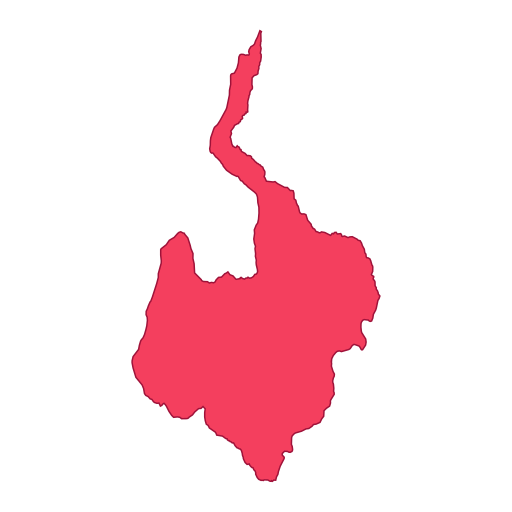 Leiva, Nariño, Colombia (Equal Earth projection)
{"feature_id": "7082276B29262956514041", "entity_name": "Leiva", "entity_type": "district", "adm_level": 2, "iso_a3": "COL", "parent_name": "Colombia", "parent_adm1": "Nariño", "projection": "equal_earth", "projection_center": [-77.3, 1.978], "detail": "fine", "context": "isolated", "style": "filled", "palette": "rose", "viewbox_px": 512, "rotation_deg": 0, "n_neighbors": 0, "source": "geoboundaries", "source_scale": "gbopen_adm2", "svg_char_len": 6076}
<svg xmlns="http://www.w3.org/2000/svg" viewBox="0 0 512 512"><path d="M259.9,30.7L257.5,37.1L255.6,40.8L254.5,44.0L253.3,45.3L250.8,46.8L249.1,49.7L248.7,51.7L249.3,53.8L249.1,54.7L248.6,55.1L247.0,54.9L245.8,55.3L243.4,54.4L241.1,54.3L239.9,54.9L238.9,57.0L238.4,62.9L237.0,68.2L234.4,73.1L231.6,73.9L230.9,74.6L230.6,75.8L230.7,84.3L229.5,90.2L229.4,95.1L226.8,107.6L226.1,109.5L220.0,120.7L217.5,124.6L214.5,127.3L213.7,129.1L210.8,137.6L210.4,140.8L210.3,145.2L209.7,148.8L210.1,151.2L210.7,152.4L211.6,153.1L212.2,152.9L213.2,153.3L215.6,156.8L217.3,158.1L220.4,161.4L221.4,163.2L222.6,164.4L223.3,166.2L226.5,170.2L232.1,174.2L236.8,176.4L237.6,176.2L238.2,176.5L240.6,180.5L242.3,181.2L244.3,183.8L245.8,184.7L248.1,187.1L254.5,192.1L256.3,193.9L257.0,195.5L257.5,197.3L257.9,202.8L258.9,207.3L259.0,213.1L258.5,219.2L257.7,223.0L256.2,225.1L254.3,229.9L254.6,233.4L253.8,239.0L254.4,243.2L255.5,246.2L255.0,248.7L255.6,253.7L255.4,256.3L256.3,260.0L256.1,262.6L256.3,264.9L257.4,269.5L257.6,271.6L257.3,272.6L256.5,274.0L254.8,274.4L253.4,276.5L251.5,277.8L249.5,278.2L248.0,277.2L247.5,277.9L245.8,278.1L244.6,279.1L242.2,278.4L241.5,277.5L241.0,277.4L240.3,277.7L240.1,278.6L236.4,279.3L235.9,279.2L233.0,275.9L229.9,274.7L227.9,271.9L226.3,273.1L224.8,273.7L221.5,277.1L218.5,277.4L216.1,279.9L215.1,281.9L213.6,282.8L211.5,282.4L209.3,283.0L207.5,281.7L203.4,281.5L202.1,280.9L201.5,280.4L201.3,279.7L194.6,272.9L194.1,263.7L192.9,258.4L193.0,253.6L190.9,248.5L190.2,245.4L187.8,237.9L184.5,234.0L184.4,233.3L182.8,232.9L180.8,231.8L179.1,232.3L177.7,233.4L174.2,237.4L169.3,240.3L166.3,244.7L161.1,248.8L160.7,249.7L160.7,255.2L161.3,260.9L161.2,263.2L158.3,273.7L158.3,277.5L156.7,283.6L152.4,297.0L150.8,301.2L150.1,301.9L148.4,305.8L147.4,308.8L146.2,311.3L146.1,314.7L147.2,317.3L147.4,320.4L146.8,325.8L145.9,329.7L144.5,334.6L143.0,337.9L141.5,339.6L140.6,341.1L139.4,345.2L138.6,349.4L133.1,356.6L132.1,360.8L132.1,362.8L133.1,368.0L135.9,377.3L142.1,384.9L143.6,388.5L144.5,393.6L145.8,395.4L148.2,396.6L150.2,398.9L151.9,399.4L153.5,401.7L154.5,402.5L156.9,403.3L159.0,403.1L160.4,406.1L161.8,405.4L162.9,404.0L164.0,403.3L165.3,404.6L166.4,406.2L169.0,411.4L171.7,415.4L173.6,417.3L177.4,416.9L179.8,417.3L181.6,418.7L187.0,418.6L188.3,418.1L189.2,417.1L192.5,414.9L194.7,412.0L198.6,408.6L201.0,408.4L203.0,406.5L205.2,408.8L204.7,412.6L204.7,417.0L205.3,420.8L206.3,424.2L208.1,425.4L209.4,428.0L215.3,432.1L216.1,433.4L216.7,435.1L222.5,436.1L225.7,438.5L227.1,438.8L227.3,439.7L228.5,440.7L229.3,440.7L230.1,441.6L231.0,441.8L232.2,442.9L233.6,442.9L235.1,445.7L237.0,447.8L238.5,448.3L239.2,448.9L240.4,449.1L241.4,450.5L242.2,453.2L242.5,455.4L243.2,457.2L243.4,458.8L245.1,462.5L247.1,464.4L249.3,464.0L249.6,465.0L251.0,466.7L252.1,467.6L252.9,467.6L253.9,469.8L255.2,471.2L255.7,472.7L255.7,474.2L257.2,477.5L258.7,479.3L261.1,480.4L261.9,480.2L263.4,480.5L264.1,479.9L267.8,480.0L270.0,481.2L271.2,481.3L271.6,480.7L272.4,481.3L273.8,480.1L275.7,480.2L276.5,476.9L277.9,474.3L278.4,471.6L280.2,466.2L284.1,458.6L284.2,457.2L282.2,455.0L282.3,453.5L284.5,451.3L287.4,451.4L288.9,452.2L290.2,452.3L291.9,451.5L292.4,450.7L292.6,449.4L292.2,446.4L291.4,444.4L291.6,437.7L292.1,436.0L293.9,434.0L295.3,433.0L301.5,431.2L306.0,428.9L308.8,428.5L312.0,426.3L313.5,424.5L316.1,424.1L320.0,422.4L321.7,418.9L323.7,416.3L324.0,410.7L326.4,408.3L329.6,406.1L330.5,403.0L330.4,401.0L330.7,400.0L334.2,394.3L334.1,392.6L333.6,391.4L333.8,388.2L333.4,384.1L332.8,382.5L332.7,380.8L333.4,377.9L334.2,376.2L334.4,374.1L333.0,371.4L331.4,366.2L331.6,363.6L331.3,361.3L331.5,361.3L331.7,358.8L333.3,355.5L335.7,352.6L337.3,351.3L339.4,350.9L341.4,351.6L348.8,349.5L350.2,348.6L352.1,345.7L353.7,344.5L354.7,344.5L359.0,346.0L360.0,347.2L361.2,349.5L361.9,349.9L362.6,349.7L365.6,345.1L366.1,342.1L365.7,339.0L361.7,332.6L361.3,331.0L360.9,327.2L361.0,323.6L361.5,322.0L362.7,320.3L364.1,319.6L368.4,320.1L369.1,320.9L370.2,321.4L371.6,321.0L372.8,318.1L373.4,314.3L375.7,310.0L376.3,308.1L377.9,300.4L379.0,298.7L379.9,296.0L378.3,294.0L378.2,292.8L377.4,290.7L376.2,289.1L376.3,287.7L375.1,285.8L375.0,281.9L374.3,280.3L373.4,279.6L373.2,278.9L373.2,278.1L373.7,277.3L373.7,276.4L371.9,275.3L371.4,274.5L372.7,271.3L372.8,267.1L372.6,266.0L371.9,264.9L370.7,260.7L369.8,258.8L367.9,257.8L366.9,257.8L366.2,256.9L365.9,254.1L364.8,252.7L364.3,249.2L362.4,245.7L361.5,243.0L360.1,240.7L358.2,240.3L357.1,239.2L352.3,236.7L349.8,236.9L348.0,237.6L344.6,236.0L342.3,236.5L341.7,236.0L341.6,235.0L340.7,233.6L337.3,234.0L336.1,232.3L334.4,232.5L333.6,233.8L332.2,233.4L330.6,235.4L324.8,232.5L321.5,231.9L320.2,232.7L319.2,232.8L317.6,231.9L316.1,231.6L314.5,229.0L313.1,228.5L312.6,227.4L311.6,226.4L311.1,224.2L307.7,220.3L305.9,214.6L304.0,213.9L301.6,214.0L300.1,212.9L299.6,212.0L298.2,206.1L297.3,205.3L297.1,204.3L296.5,203.4L295.8,200.2L294.1,198.8L293.9,193.2L293.2,190.8L291.3,190.4L290.3,190.6L287.4,187.5L284.6,187.4L277.5,183.6L275.0,181.6L273.2,182.0L266.4,181.2L264.8,177.5L264.1,176.8L264.8,174.4L264.9,171.9L264.3,170.3L263.7,169.8L262.8,167.2L260.8,165.9L260.3,165.0L259.3,164.7L258.0,163.6L257.1,163.4L256.4,162.4L255.6,162.1L253.3,159.4L251.7,158.3L251.5,156.9L250.5,155.9L248.7,155.5L247.1,155.6L245.1,153.4L241.9,151.7L241.3,151.1L241.0,149.6L240.2,149.5L239.1,147.1L237.8,146.5L237.2,145.8L235.9,147.6L234.5,147.3L233.6,146.3L232.9,146.3L231.8,143.9L230.7,138.4L230.1,137.2L231.5,133.6L230.9,131.0L233.7,127.3L234.5,125.4L237.5,123.7L238.6,123.5L238.9,122.4L240.3,121.6L240.7,119.8L242.0,119.1L242.6,118.3L242.2,116.4L242.8,115.5L244.3,115.0L244.6,114.1L246.0,113.5L246.1,112.1L247.6,112.1L247.8,111.6L247.6,110.0L247.9,105.0L247.6,103.4L247.9,100.8L249.0,96.8L249.0,95.7L249.7,94.6L249.9,92.4L250.6,90.6L252.3,88.8L252.4,87.7L252.4,86.7L251.9,84.6L252.1,77.8L254.1,75.6L256.7,74.7L257.9,73.7L258.1,71.0L258.9,68.5L258.8,66.5L259.7,64.7L259.7,62.7L260.6,61.2L261.2,57.0L261.1,54.4L260.3,53.2L261.1,48.6L260.3,45.1L260.6,44.1L260.6,42.4L261.0,41.4L260.8,33.2L261.4,31.6L259.9,30.7Z" fill="#f43f5e" stroke="#9f1239" stroke-width="1.5"/></svg>